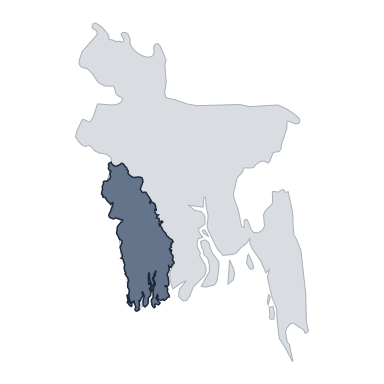 where Khulna sits in Bangladesh
{"feature_id": "BGD-2432", "entity_name": "Khulna", "entity_type": "Division", "adm_level": 1, "iso_a3": "BGD", "parent_name": "Bangladesh", "parent_adm1": "", "projection": "robinson", "projection_center": [89.364, 22.917], "detail": "fine", "context": "in_parent", "style": "filled", "palette": "slate", "viewbox_px": 384, "rotation_deg": 0, "n_neighbors": 0, "source": "natural_earth", "source_scale": "10m", "svg_char_len": 9701}
<svg xmlns="http://www.w3.org/2000/svg" viewBox="0 0 384 384"><path d="M127.3,284.8L127.2,274.2L120.7,253.3L121.0,251.0L119.6,241.0L118.0,235.4L117.2,229.4L121.1,220.9L119.5,219.5L110.8,216.9L109.8,214.7L111.6,206.3L105.4,198.3L102.9,192.4L109.6,173.2L111.3,159.9L110.8,157.3L106.7,154.3L99.5,153.1L94.4,150.6L91.4,146.8L88.9,145.3L85.8,146.4L81.8,145.0L78.4,141.2L75.6,136.7L76.7,131.7L82.0,119.9L84.0,119.5L88.5,121.8L90.2,121.8L93.2,117.1L97.5,103.9L112.1,105.0L115.6,104.6L119.2,103.5L121.2,101.9L122.3,99.7L122.0,97.9L117.5,95.4L115.8,93.5L114.5,88.2L113.2,86.2L104.4,85.9L99.8,83.5L97.3,81.3L92.8,74.1L87.3,68.7L82.1,67.5L80.0,65.7L78.9,63.0L79.6,59.0L82.3,51.4L96.8,34.9L97.2,33.0L96.6,30.9L92.4,28.2L92.1,26.9L93.3,23.5L95.7,23.0L100.7,26.2L105.8,31.3L108.8,35.8L108.9,39.4L112.9,40.1L116.2,41.7L119.6,41.2L121.8,42.1L123.3,41.8L123.9,39.7L121.0,34.5L122.4,32.4L125.8,32.5L128.2,34.4L129.9,38.4L130.2,44.6L134.1,50.3L139.3,54.2L143.3,56.1L148.2,57.4L152.4,56.1L154.4,52.2L153.5,48.7L154.1,45.6L155.8,43.8L158.4,43.9L160.4,46.4L166.0,59.9L164.9,65.8L166.2,82.2L164.7,92.9L165.6,97.1L166.6,97.8L175.2,99.8L187.6,104.1L197.0,105.7L239.9,104.5L249.3,106.6L277.9,105.0L285.7,108.4L294.2,114.0L299.0,118.2L299.9,120.6L299.4,122.6L297.8,123.7L294.9,123.7L288.1,121.0L287.0,121.8L286.9,128.3L281.5,144.5L280.8,149.5L278.9,151.5L273.2,152.5L269.5,161.9L267.9,163.1L264.2,161.0L261.9,161.4L259.0,162.2L256.1,164.4L254.1,167.1L251.9,168.0L243.9,167.9L242.3,172.3L237.1,178.0L233.5,193.2L233.8,197.8L238.3,210.0L241.4,225.7L242.6,227.3L244.1,227.4L244.2,220.2L245.6,219.3L247.5,220.1L251.3,229.8L253.5,232.3L256.8,233.0L260.6,231.5L263.4,228.7L264.5,225.6L263.5,215.0L265.3,210.7L271.8,204.3L272.7,202.3L272.3,191.7L274.7,191.4L278.0,192.2L282.2,189.7L283.5,189.6L285.2,192.3L288.2,191.8L292.7,212.9L293.2,227.7L294.2,236.0L295.8,237.8L300.9,250.2L305.7,293.7L306.4,321.4L308.4,330.8L306.8,332.9L305.2,333.3L303.7,330.0L293.1,323.0L290.5,323.7L286.9,327.8L285.5,331.6L286.1,336.9L287.3,342.1L289.8,345.1L290.1,348.4L292.9,360.9L292.1,361.0L286.3,349.6L279.3,338.5L276.9,318.5L276.7,308.7L271.9,297.1L267.3,276.9L269.2,269.8L265.9,272.9L260.6,260.8L252.3,248.9L249.9,243.6L249.8,238.5L246.2,243.7L241.4,247.3L236.5,252.7L233.2,254.4L222.9,255.4L216.8,248.1L208.2,230.3L207.1,226.3L208.2,215.8L206.1,205.9L205.5,197.2L204.0,198.0L203.4,200.4L203.7,204.1L203.1,207.2L188.6,205.2L194.8,210.4L201.4,211.6L204.9,216.2L205.1,224.0L198.6,228.7L199.2,232.6L203.0,237.4L198.4,238.7L197.2,241.8L197.1,246.3L200.3,253.2L199.7,255.8L205.2,264.8L206.3,269.1L204.9,275.2L193.1,287.4L189.7,296.1L186.8,300.2L183.2,301.0L178.8,296.8L178.7,292.6L179.6,289.2L185.8,281.1L182.4,282.2L172.9,288.9L171.0,283.5L169.8,278.4L169.8,272.2L174.4,263.0L169.2,267.6L167.7,273.4L168.4,280.1L167.7,284.9L165.7,291.2L162.9,295.0L158.4,297.4L156.4,301.1L153.4,303.9L152.3,291.2L149.1,274.2L148.4,277.8L150.0,288.4L149.9,295.3L147.5,300.7L142.5,306.6L138.7,307.4L136.5,306.5L129.4,297.7L128.8,289.4L127.3,284.8ZM214.5,285.0L205.7,287.1L201.2,286.5L209.5,271.1L209.2,264.2L207.9,258.7L203.6,254.2L203.4,250.9L201.5,246.6L200.5,241.4L205.2,239.8L209.0,242.7L210.4,248.6L212.3,252.9L219.0,261.9L218.9,267.4L217.1,280.9L214.5,285.0ZM233.3,280.0L227.9,284.1L229.6,259.9L233.6,268.9L234.7,273.7L233.3,280.0ZM253.8,267.9L251.4,269.6L249.2,268.1L246.4,262.5L247.8,255.3L248.6,254.2L252.0,261.6L253.8,267.9ZM273.8,319.0L270.7,319.3L269.2,317.6L269.9,315.1L269.1,307.3L273.0,306.5L274.4,313.1L273.8,319.0ZM270.3,297.1L268.1,304.9L267.2,301.4L268.7,294.5L270.3,297.1ZM207.5,234.0L208.4,236.5L203.5,233.2L202.2,230.9L204.4,229.7L207.5,234.0Z" fill="#d9dde1" stroke="#a8b0b8" stroke-width="1"/><path d="M127.7,282.7L128.6,281.4L128.5,280.0L128.2,278.9L127.8,277.9L125.6,274.8L125.1,273.6L125.8,273.0L125.0,271.5L124.7,270.8L124.1,267.6L124.1,267.1L124.3,266.5L124.7,265.7L124.8,265.2L124.6,263.9L123.7,261.6L123.2,259.4L122.6,258.9L121.0,258.2L122.2,257.4L122.5,256.1L122.3,254.5L121.8,253.0L121.1,251.8L120.8,249.7L120.2,248.0L120.0,247.0L120.4,246.2L121.5,244.5L121.9,242.6L122.0,241.5L121.9,240.7L121.3,240.1L119.9,239.6L119.3,238.8L118.2,236.1L117.7,235.2L116.8,233.9L116.6,233.2L116.6,232.1L117.1,230.4L117.2,227.4L117.9,225.9L120.6,222.8L122.0,221.6L122.4,221.1L122.7,220.4L122.7,220.0L122.4,219.7L121.0,219.7L120.6,219.6L116.6,218.1L115.8,217.9L115.1,218.0L114.3,218.7L113.9,218.9L113.4,218.9L110.1,217.7L109.4,217.1L108.9,215.9L108.9,214.7L109.3,213.5L110.5,211.4L113.0,204.5L113.1,203.2L112.5,202.6L111.8,203.2L111.2,204.2L110.6,204.4L109.8,202.9L109.3,202.6L107.8,201.5L107.0,200.5L105.8,198.3L105.0,197.4L104.6,197.3L103.6,197.4L103.1,197.2L102.6,196.6L102.6,196.2L102.8,195.8L102.9,195.1L102.6,194.8L102.1,194.7L101.6,194.5L101.5,193.8L102.6,188.5L102.5,187.9L102.2,187.1L102.2,186.5L102.4,185.9L103.2,184.6L103.4,184.0L103.4,183.4L103.3,182.4L103.4,181.8L104.3,181.1L105.2,181.1L106.3,181.2L107.3,181.0L107.9,180.4L109.8,178.4L110.3,177.7L110.5,176.7L110.3,175.4L110.0,174.3L109.7,173.6L110.3,172.5L110.9,171.7L110.9,171.1L109.7,170.8L109.5,170.1L108.6,169.2L108.3,168.5L108.7,166.8L108.8,166.1L108.5,164.9L108.5,164.3L108.8,163.6L109.3,163.1L111.2,162.3L111.3,162.7L111.4,163.1L112.2,164.4L112.6,164.7L113.8,165.4L114.9,166.2L115.9,166.4L116.8,166.1L120.1,164.5L120.8,164.0L121.3,163.3L121.8,163.3L122.7,163.6L123.6,164.2L124.7,165.9L126.6,167.8L127.0,169.2L128.0,170.6L128.2,171.1L128.2,171.7L128.0,173.0L128.2,173.6L128.6,174.2L130.6,175.9L131.7,176.7L132.7,177.2L134.1,177.5L138.3,177.0L139.7,177.1L140.9,177.4L142.1,178.0L142.8,180.3L142.9,180.8L142.9,181.9L140.2,189.2L140.4,189.7L142.5,192.5L143.9,192.4L144.7,192.2L145.4,192.1L145.9,192.4L148.9,197.1L149.6,197.9L149.9,198.5L150.4,199.8L150.9,200.1L151.2,200.4L150.7,201.0L149.7,201.8L149.7,202.6L150.1,203.3L150.9,202.1L152.3,202.2L153.9,203.2L154.9,204.1L155.3,205.3L156.3,210.1L155.6,209.8L155.2,209.3L154.9,209.3L154.8,211.2L155.6,213.4L156.8,215.0L158.4,214.9L157.8,215.8L156.8,216.9L156.3,217.8L159.0,218.5L159.1,219.5L159.0,220.7L159.7,221.8L160.4,221.9L161.2,221.1L161.8,221.0L162.5,221.3L162.8,221.8L162.7,222.3L162.0,222.6L161.7,222.8L160.9,224.0L160.5,224.8L160.0,224.6L159.0,223.7L159.0,224.4L159.2,225.4L159.5,225.7L159.9,226.1L160.7,226.3L161.1,226.6L161.6,227.3L162.9,230.2L163.7,231.2L165.3,232.8L166.0,233.8L166.5,235.4L166.7,235.8L168.0,236.6L169.4,238.2L171.5,239.4L172.3,240.1L173.2,241.9L172.5,242.5L171.9,242.5L171.7,242.6L171.3,243.5L171.7,244.0L171.6,244.5L170.8,244.9L170.7,245.3L170.7,246.1L170.9,246.3L171.3,246.5L171.5,246.8L171.5,247.1L171.3,247.3L169.8,248.4L169.3,249.0L169.3,249.3L169.6,249.5L170.9,249.6L171.3,249.8L171.6,250.2L171.6,250.6L171.6,251.0L171.4,251.2L171.2,251.2L170.7,251.0L170.4,251.0L170.2,251.2L170.2,251.5L171.1,252.5L171.6,254.3L172.4,254.9L172.7,255.2L172.9,255.6L173.1,256.5L173.1,257.8L172.5,259.5L172.4,260.0L172.5,260.3L172.6,260.6L173.5,261.0L173.7,261.4L174.1,262.8L172.5,264.6L171.8,265.5L171.5,266.4L171.1,267.4L170.3,267.1L168.7,265.8L168.8,267.0L169.3,269.0L169.1,270.3L167.0,274.6L167.6,275.8L168.2,277.9L168.7,281.9L168.8,283.9L168.7,284.9L168.2,285.6L167.4,286.1L166.7,286.1L165.9,285.8L164.9,285.8L164.9,286.3L166.0,286.7L166.9,287.4L167.5,288.3L167.7,289.6L167.4,291.3L167.4,291.9L167.6,292.4L168.3,293.6L168.7,294.7L169.2,295.3L169.5,296.1L169.1,297.0L167.6,297.4L166.4,298.7L165.8,299.6L164.4,300.3L163.9,300.3L163.6,300.1L163.4,299.2L162.7,299.4L162.0,299.9L161.3,300.3L160.5,300.2L159.5,300.0L158.7,299.6L158.1,299.1L157.7,298.0L157.6,297.3L158.2,296.3L158.1,295.8L157.3,294.6L155.9,297.9L156.5,298.9L157.5,300.4L158.6,301.7L159.6,302.3L160.1,302.8L159.5,304.0L158.4,304.8L157.2,304.5L156.6,304.0L156.0,304.0L154.7,304.3L154.6,304.6L155.3,306.7L154.3,307.7L153.2,307.0L151.8,304.6L151.9,303.6L151.3,301.2L151.4,299.9L151.9,299.1L152.8,297.9L153.2,297.0L153.3,296.1L153.1,291.8L153.5,288.4L153.8,287.2L155.0,284.9L155.3,283.6L155.1,282.4L154.6,281.2L154.0,280.1L153.3,279.2L153.3,278.4L154.9,276.2L155.3,275.2L155.3,274.0L155.5,272.8L155.8,271.6L156.3,270.6L155.7,271.1L155.3,271.8L154.6,273.4L154.0,274.1L153.8,274.6L154.3,275.9L154.0,276.4L153.0,277.2L152.4,278.3L152.5,279.0L153.5,281.0L153.8,281.8L153.9,282.3L153.9,283.6L153.8,284.3L153.3,285.5L152.8,289.8L152.5,290.6L151.6,291.2L151.2,290.2L151.1,287.6L151.2,287.0L151.8,285.8L151.8,285.1L149.5,279.2L149.4,278.1L149.6,275.4L149.6,274.3L149.1,273.0L148.7,273.0L148.3,276.9L148.7,284.3L149.1,284.3L149.1,283.4L149.3,282.7L149.6,282.3L149.8,282.4L150.0,283.6L150.3,284.4L150.8,285.5L150.8,286.4L150.4,287.8L150.1,288.1L149.5,288.2L149.4,288.4L149.4,288.9L149.8,289.4L149.9,290.1L150.6,291.5L150.9,292.1L151.0,292.5L150.5,295.6L150.0,296.2L148.7,297.5L148.1,298.5L148.1,299.3L148.4,301.7L148.2,303.0L147.7,304.1L147.0,305.1L145.2,306.8L144.6,306.8L143.3,305.3L143.1,304.4L143.0,302.9L143.1,300.3L143.4,299.2L144.1,297.4L144.2,296.0L144.0,294.9L143.0,292.9L142.8,291.9L142.4,291.9L142.1,292.8L142.3,293.5L142.6,294.3L142.8,295.1L142.8,296.0L142.6,296.5L141.3,298.2L140.9,298.8L139.9,301.4L139.6,301.4L139.3,300.7L139.0,300.7L139.0,302.1L139.5,304.4L139.3,305.8L138.5,307.9L138.6,308.5L139.7,309.1L139.1,309.8L138.2,310.5L137.2,311.0L136.2,311.1L135.3,310.5L135.0,309.4L135.2,308.3L135.7,307.9L135.8,307.2L134.2,302.5L134.1,301.3L133.9,301.0L133.4,301.4L133.0,301.9L132.8,302.5L132.5,302.7L131.8,302.5L130.7,301.9L130.2,301.4L129.9,301.0L128.7,296.3L128.6,295.3L128.7,294.1L129.3,291.6L129.3,290.2L128.9,289.0L127.8,287.4L127.6,286.5L127.9,283.8L127.7,282.7ZM129.3,302.3L131.7,303.9L132.0,305.5L131.3,306.5L129.8,305.6L127.2,302.3L127.2,302.1L127.6,301.8L127.9,300.7L127.9,299.5L127.4,297.6L127.2,296.7L126.9,295.6L127.0,295.1L127.5,295.1L127.8,295.2L128.1,295.8L128.3,296.7L128.8,300.6L129.3,302.3Z" fill="#64748b" stroke="#1e293b" stroke-width="1.5"/></svg>